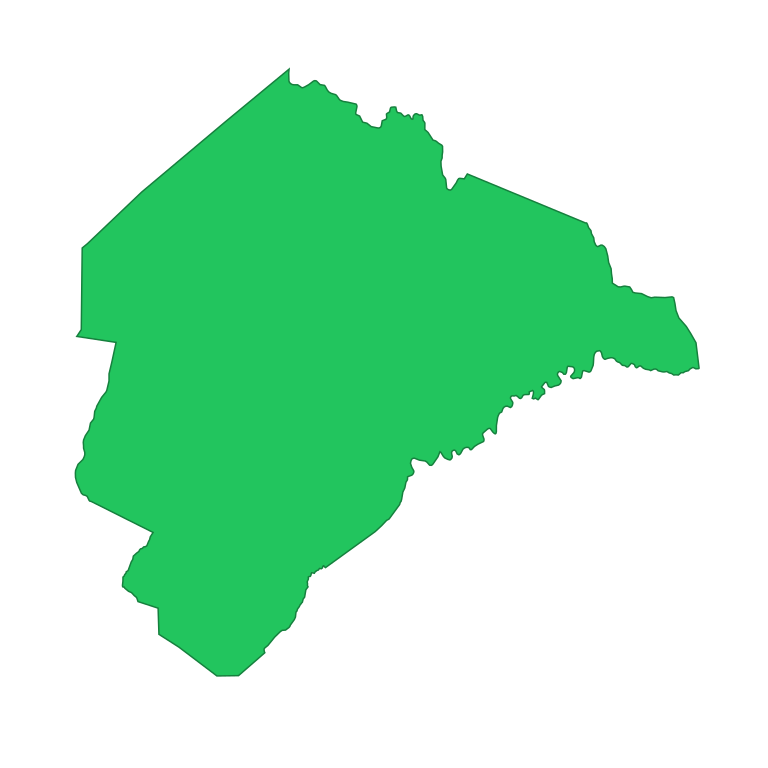 the district of Teupasenti, El Paraíso, Honduras, rotated 5°
{"feature_id": "27666195B60931351506454", "entity_name": "Teupasenti", "entity_type": "district", "adm_level": 2, "iso_a3": "HND", "parent_name": "Honduras", "parent_adm1": "El Paraíso", "projection": "equal_earth", "projection_center": [-86.613, 14.281], "detail": "fine", "context": "isolated", "style": "filled", "palette": "green", "viewbox_px": 768, "rotation_deg": 5, "n_neighbors": 0, "source": "geoboundaries", "source_scale": "gbopen_adm2", "svg_char_len": 6119}
<svg xmlns="http://www.w3.org/2000/svg" viewBox="0 0 768 768"><g transform="rotate(5 384 384)"><path d="M696.5,340.8L691.2,315.7L685.1,306.9L680.1,300.3L672.0,292.5L668.5,285.4L666.8,278.4L665.0,272.7L663.4,272.1L656.4,273.4L646.2,273.9L642.7,274.8L639.1,274.0L632.7,271.5L626.3,271.4L623.9,270.9L622.3,268.3L620.3,265.9L615.5,265.5L614.2,265.7L611.3,266.7L608.9,266.8L602.7,263.6L602.2,259.2L601.0,254.2L600.2,249.4L597.2,243.4L595.7,236.9L593.2,229.9L591.5,227.9L589.4,226.7L588.0,226.7L585.0,228.5L584.0,228.2L582.9,227.3L581.0,223.9L580.2,220.1L577.6,216.2L576.8,213.2L574.2,210.4L572.7,207.1L571.8,205.9L570.6,206.0L448.7,167.5L446.1,172.6L441.6,172.5L440.5,172.9L439.5,174.5L438.5,177.2L434.5,184.1L433.2,185.1L431.2,184.8L429.8,184.0L429.3,183.2L427.7,174.9L427.1,173.7L424.2,170.6L421.9,162.0L421.3,157.2L422.2,153.8L422.0,151.1L422.2,147.7L421.6,142.1L420.7,141.0L417.4,139.4L415.0,137.7L413.5,137.1L411.6,136.8L406.0,129.6L402.5,127.0L402.0,120.6L401.6,119.8L399.9,117.9L399.2,114.0L398.3,112.5L396.0,113.1L393.0,111.9L391.5,112.2L390.0,113.9L389.7,115.2L389.7,117.4L388.9,117.8L387.9,117.3L386.2,114.7L385.2,113.8L384.3,113.9L382.1,115.4L381.0,115.7L380.0,115.2L377.1,112.7L373.8,112.4L372.8,111.1L371.6,107.2L370.1,107.1L367.4,107.6L366.8,107.9L366.4,108.6L365.8,112.5L363.6,114.1L362.9,114.9L363.5,118.3L363.2,119.6L362.7,120.2L359.3,121.9L358.8,127.1L358.2,128.5L357.0,129.3L355.8,129.5L348.8,128.7L344.3,125.7L339.9,125.0L336.4,119.2L332.7,117.9L332.3,117.1L332.2,116.0L332.9,110.0L332.6,108.7L331.8,107.6L323.5,106.4L318.8,106.1L315.8,105.2L314.7,104.4L311.8,100.9L310.7,100.0L305.8,99.0L303.6,97.9L301.9,96.2L299.5,92.5L298.7,91.7L294.2,91.3L290.3,88.0L288.7,87.8L287.4,88.3L283.0,92.3L278.9,95.1L277.1,96.0L275.9,95.8L272.0,93.5L267.8,93.8L266.2,93.6L265.0,93.0L263.6,91.9L262.9,90.5L262.0,82.8L262.0,78.6L202.5,137.2L125.8,214.0L76.3,270.1L71.5,274.8L77.7,356.2L73.8,363.4L113.5,365.9L111.0,385.6L109.2,397.8L109.8,405.0L108.4,414.5L107.7,416.3L103.9,421.9L99.8,431.1L99.5,433.1L98.2,436.4L98.1,442.5L97.8,444.3L95.0,448.5L94.2,455.6L91.0,461.5L89.6,466.0L89.5,468.4L90.1,471.9L90.3,474.1L91.9,478.3L92.1,480.7L91.6,482.9L90.6,485.5L86.2,490.7L84.3,497.0L84.3,499.6L84.8,503.9L86.5,508.9L92.1,519.2L94.0,520.6L96.4,521.0L98.1,521.8L100.4,525.7L101.1,526.3L102.5,526.5L166.9,552.0L164.5,556.6L164.0,559.7L163.3,561.1L161.8,565.9L160.5,566.8L158.7,567.3L157.6,568.8L155.8,569.5L154.9,570.7L154.4,572.2L152.2,574.1L149.3,577.3L149.0,580.6L147.7,583.3L145.5,591.6L145.1,592.4L143.6,593.5L143.5,594.7L142.2,596.7L141.8,598.1L140.8,599.1L141.1,603.1L141.0,607.4L141.3,608.7L141.8,609.0L142.8,608.9L143.7,610.1L147.6,612.8L150.6,613.8L153.7,616.6L155.8,618.0L156.5,618.9L157.9,622.2L178.5,627.0L181.6,653.0L202.6,664.0L243.0,689.4L264.5,687.2L288.7,662.1L288.2,661.2L287.7,659.5L287.7,658.4L288.1,657.5L291.1,654.6L297.2,645.6L302.2,639.8L304.0,638.3L307.4,637.7L310.5,634.9L311.3,633.8L311.7,632.4L315.2,626.5L316.1,623.9L316.2,618.9L317.0,617.9L317.5,615.6L318.9,613.4L319.9,610.9L320.6,610.2L321.0,609.3L321.7,608.5L322.2,605.3L323.5,603.3L324.1,595.8L326.0,592.7L325.3,591.5L325.2,589.4L324.7,587.8L325.7,584.8L325.4,582.9L325.9,582.4L327.1,582.2L327.5,581.8L328.0,580.4L328.0,579.2L328.4,578.3L331.1,578.6L331.8,577.1L332.6,576.6L332.8,576.0L334.9,575.0L335.8,573.4L337.7,573.5L338.4,572.9L338.7,572.4L338.9,571.1L339.5,570.4L339.8,570.3L340.5,571.2L341.7,572.0L388.1,531.8L394.0,525.3L398.5,519.6L400.8,518.1L410.1,502.7L410.5,500.5L411.2,499.6L411.6,497.5L412.2,490.0L413.8,485.7L414.4,480.0L415.7,477.4L415.6,474.3L419.7,472.4L420.7,471.2L421.2,469.9L421.4,468.9L421.2,467.9L418.9,464.5L417.3,460.7L417.6,458.0L418.3,456.4L418.8,455.8L420.6,455.2L426.0,456.8L431.7,457.1L433.6,458.1L436.5,460.9L438.2,460.9L438.9,460.5L439.8,459.4L444.1,451.8L445.6,446.6L446.6,447.1L449.4,450.9L450.9,452.3L454.0,453.5L456.3,453.9L457.1,453.4L458.2,451.7L458.3,450.1L457.5,447.7L457.3,446.2L457.7,445.0L458.7,444.1L459.8,443.7L460.7,444.0L461.5,444.7L463.0,447.3L464.8,448.0L465.7,447.4L466.6,446.1L468.3,442.1L469.9,440.6L471.7,439.9L473.4,439.8L474.2,440.1L475.7,441.9L476.9,441.7L479.6,438.3L482.8,435.8L488.2,432.6L488.5,431.4L488.4,430.1L486.8,426.6L486.5,425.1L487.1,424.0L491.1,419.8L492.6,419.0L493.7,419.1L496.5,422.3L498.0,423.5L499.1,424.0L499.8,423.5L500.1,421.8L499.6,415.5L500.1,407.5L500.6,405.4L501.6,403.0L503.7,401.6L504.6,398.1L505.8,396.4L507.1,395.6L508.7,395.3L512.0,396.4L513.2,395.4L513.8,393.7L514.0,391.7L513.7,390.8L511.3,387.5L511.2,386.2L511.9,385.0L512.9,384.6L514.7,384.6L516.6,383.9L518.3,384.9L520.2,386.4L521.4,386.5L522.4,385.6L523.4,383.4L523.9,382.8L525.2,382.3L529.2,381.8L529.6,381.2L529.4,379.2L532.6,377.5L533.4,378.2L533.7,379.7L533.5,382.1L532.9,385.3L534.3,385.8L536.2,384.9L538.6,386.2L539.1,386.1L541.8,381.6L542.8,380.7L544.8,379.6L544.6,377.0L544.2,375.6L541.6,373.7L541.2,373.1L544.1,368.6L544.6,368.2L546.0,368.2L548.1,372.1L549.2,372.6L550.8,372.9L554.3,371.1L557.9,369.9L559.0,369.0L560.0,367.4L560.2,365.4L556.3,360.4L555.9,359.1L556.1,358.0L556.9,356.7L557.9,356.2L560.7,357.0L562.3,358.6L563.9,358.4L564.7,356.8L565.1,351.3L565.7,350.3L570.3,350.4L571.6,351.1L572.4,352.2L572.7,354.0L572.3,355.9L569.3,360.0L569.4,360.6L570.0,361.3L571.9,362.2L576.4,360.8L577.8,360.9L578.6,361.4L579.2,361.3L580.1,359.9L580.7,354.4L581.1,353.5L582.2,353.2L587.2,354.3L588.3,353.8L589.0,352.9L590.7,347.3L590.8,344.9L590.6,338.9L590.9,336.2L591.8,334.1L593.1,332.8L595.9,332.0L596.8,332.5L597.9,333.9L599.2,337.7L600.3,339.2L601.4,340.0L602.1,340.1L604.7,338.9L607.8,338.0L609.4,338.0L611.6,338.7L613.5,340.9L615.0,341.7L616.9,342.1L619.8,344.6L622.4,344.7L624.5,345.9L625.2,345.8L626.0,345.3L628.3,342.0L629.1,341.9L630.3,342.2L631.8,342.9L632.8,344.9L634.0,345.8L634.9,345.5L636.6,343.9L638.1,343.6L641.0,345.7L643.3,346.5L647.2,346.8L648.5,347.4L651.5,345.7L653.3,345.4L654.7,345.9L655.9,346.9L660.2,347.6L661.9,347.6L664.8,346.9L667.1,348.1L669.6,348.5L671.9,349.8L674.0,349.4L676.5,349.4L678.9,346.9L681.2,346.7L682.5,345.5L686.1,344.2L687.6,342.3L690.0,340.7L690.9,340.7L693.3,341.7L696.0,341.3L696.5,340.8Z" fill="#22c55e" stroke="#15803d" stroke-width="1.5"/></g></svg>